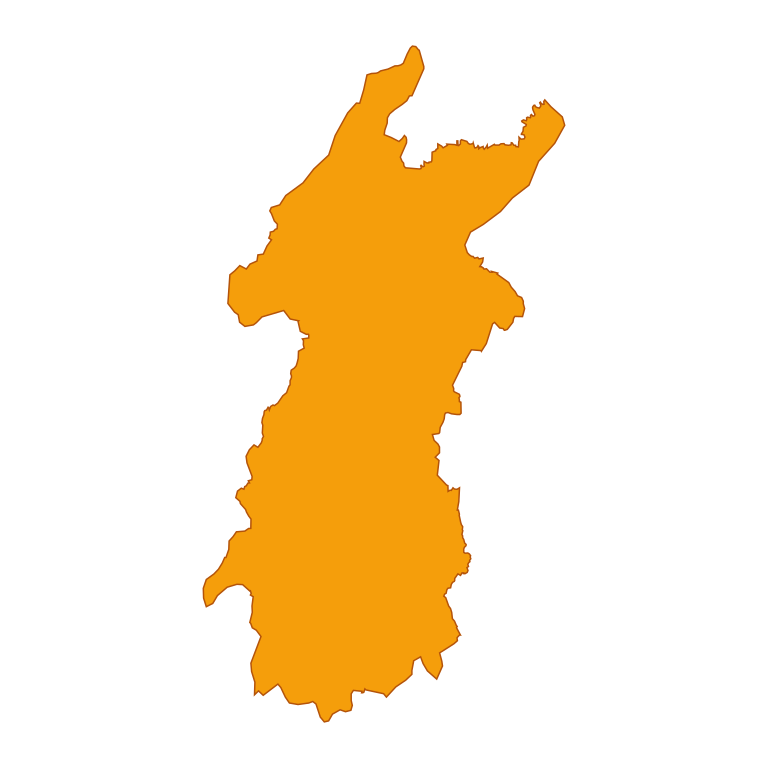 Kota Metro, Lampung, Indonesia (Equal Earth projection)
{"feature_id": "22746128B64737377738458", "entity_name": "Kota Metro", "entity_type": "district", "adm_level": 2, "iso_a3": "IDN", "parent_name": "Indonesia", "parent_adm1": "Lampung", "projection": "equal_earth", "projection_center": [105.315, -5.118], "detail": "fine", "context": "isolated", "style": "filled", "palette": "amber", "viewbox_px": 768, "rotation_deg": 0, "n_neighbors": 0, "source": "geoboundaries", "source_scale": "gbopen_adm2", "svg_char_len": 6098}
<svg xmlns="http://www.w3.org/2000/svg" viewBox="0 0 768 768"><path d="M254.5,694.8L258.5,690.9L263.2,695.3L277.9,684.1L280.8,687.5L285.4,697.2L289.4,703.0L298.0,704.5L308.8,703.0L312.8,701.5L316.0,704.0L320.3,717.1L324.3,721.9L328.6,720.9L332.5,714.1L340.1,709.8L345.5,711.7L350.9,710.3L352.3,705.4L351.2,700.5L351.2,693.8L353.4,690.4L362.0,691.3L361.6,692.8L362.7,692.8L363.8,692.3L364.9,688.9L365.9,689.9L383.6,693.7L386.4,697.1L395.8,686.9L405.8,680.1L411.9,674.3L411.9,670.4L413.7,660.7L420.6,656.8L423.1,663.6L427.4,670.9L436.7,679.1L442.5,666.0L441.8,661.2L439.6,652.9L454.0,643.7L457.4,640.7L457.0,637.9L457.9,636.7L459.7,634.9L460.4,635.0L456.5,627.7L457.2,626.4L456.4,625.6L454.5,621.1L452.4,618.7L451.7,612.4L450.5,608.5L448.7,606.1L445.7,597.6L443.8,596.2L444.6,594.1L446.1,593.3L446.9,589.6L448.0,588.2L450.6,587.8L451.3,584.4L452.5,582.4L454.3,581.3L454.7,580.5L454.7,578.5L457.9,573.9L460.5,575.4L462.0,572.9L463.7,572.9L463.5,573.6L465.0,573.7L467.2,572.4L468.0,570.5L466.9,567.6L468.5,566.5L467.8,564.3L468.8,562.5L469.9,561.7L469.6,560.3L470.8,558.8L470.2,557.0L470.6,555.7L469.4,554.0L467.8,553.0L465.1,553.2L463.8,552.4L463.7,549.1L464.4,547.3L466.0,545.7L466.1,544.4L464.7,543.1L463.7,539.4L462.7,537.8L462.6,535.8L461.9,534.4L462.8,530.7L462.3,529.7L462.7,526.7L461.4,524.7L460.7,522.4L459.2,515.3L459.4,514.2L458.4,510.1L457.3,510.1L458.8,501.7L459.5,487.8L457.1,489.3L454.5,489.1L453.0,487.8L451.3,490.4L450.1,490.2L448.1,491.4L447.9,485.6L446.6,485.1L437.3,475.2L439.0,460.5L435.2,457.2L439.5,452.8L439.5,447.0L437.9,444.0L434.1,440.4L432.4,434.5L438.8,433.5L439.6,432.6L440.2,427.4L443.0,422.2L444.2,418.8L444.7,414.5L445.5,413.0L448.0,412.5L451.5,413.8L456.9,414.5L459.8,414.5L461.1,413.2L460.9,402.2L459.4,401.6L459.3,399.1L458.9,397.8L459.9,396.6L459.7,395.1L459.2,394.2L454.3,391.8L453.6,390.9L453.7,388.5L452.5,385.2L461.8,366.3L462.6,362.5L465.5,361.7L465.7,359.6L471.4,349.8L481.1,350.6L481.4,351.3L486.3,343.6L492.6,323.8L494.6,322.4L499.7,328.0L503.3,328.6L504.2,330.2L504.7,330.3L507.3,329.4L512.9,322.2L513.6,318.4L514.8,316.4L522.5,316.6L524.6,308.6L523.3,303.8L523.3,301.2L521.6,297.5L517.5,295.8L515.2,291.7L511.2,287.1L508.8,282.6L497.1,274.2L497.8,273.1L491.6,271.4L492.0,272.2L489.9,272.2L486.5,268.8L484.0,269.1L483.3,267.9L482.2,267.5L481.8,266.8L479.8,266.6L482.6,262.0L483.2,258.0L479.0,258.9L477.7,257.4L474.6,258.2L473.0,256.4L471.8,256.5L469.4,254.9L467.3,252.6L464.8,245.0L470.5,232.1L483.3,224.4L500.5,211.5L512.4,198.0L529.0,185.1L538.6,161.3L554.7,143.3L564.7,125.3L562.3,116.9L550.9,106.7L544.8,99.9L543.8,101.4L544.0,104.3L542.8,104.4L541.2,103.4L540.4,102.1L539.7,102.7L540.7,105.1L540.7,106.2L539.3,108.1L536.7,107.4L535.5,106.6L534.8,105.2L534.1,105.2L533.1,106.3L532.6,107.2L532.6,108.1L533.0,110.0L534.9,114.3L534.5,115.7L533.0,116.2L531.4,114.5L530.5,115.4L530.7,117.1L530.4,117.7L527.4,117.2L526.6,117.8L526.8,119.5L526.3,120.7L523.4,119.9L521.7,121.0L522.0,121.8L526.3,124.5L526.0,125.9L523.4,127.3L523.0,131.3L521.4,133.9L521.4,134.4L523.9,134.7L525.0,137.1L524.2,138.8L521.1,139.2L519.0,137.2L519.2,140.4L518.8,141.4L518.4,146.9L515.9,146.6L515.6,145.3L513.8,145.3L512.2,142.9L511.3,142.7L511.0,144.8L508.5,145.3L504.9,144.8L504.0,143.6L500.9,143.8L499.0,145.1L495.0,145.1L494.4,144.3L487.6,148.2L487.2,145.1L486.2,147.0L484.2,149.2L483.1,147.5L483.1,146.5L480.4,147.5L478.8,148.7L478.8,146.5L478.0,145.6L477.0,147.3L475.0,148.0L474.3,146.8L473.2,142.9L473.0,143.6L469.9,144.3L468.3,143.4L466.9,141.4L461.4,139.7L460.4,140.9L460.4,143.9L458.7,145.6L458.0,145.1L457.8,140.9L456.9,140.9L456.9,145.3L454.8,144.6L446.8,144.1L447.4,145.3L443.1,147.8L441.6,146.1L437.8,143.9L437.8,148.5L436.0,149.5L435.8,150.7L432.1,152.2L431.9,160.4L431.4,161.8L428.9,162.2L428.8,162.9L426.8,162.9L424.1,161.4L424.0,164.3L424.3,166.1L422.9,166.8L421.1,165.3L420.7,165.8L421.2,167.3L421.1,168.5L419.6,169.0L405.4,167.8L403.9,165.8L403.6,163.1L402.0,161.2L400.3,157.1L406.5,142.9L406.6,139.8L406.1,137.3L404.4,135.5L402.3,138.5L399.0,141.5L391.2,137.5L384.2,134.7L384.8,130.2L387.2,123.1L387.4,117.8L389.7,113.8L394.7,109.5L402.2,104.4L406.8,100.7L409.4,95.9L412.0,95.7L423.8,68.8L423.8,66.5L419.2,50.2L418.4,49.8L415.8,46.6L412.4,46.1L410.3,48.1L407.2,54.0L403.3,63.3L400.7,65.0L397.9,65.8L394.9,65.9L387.9,69.1L380.6,70.9L378.1,72.6L376.2,73.2L371.5,73.5L367.0,74.9L363.7,89.9L359.7,103.3L356.4,103.1L347.7,112.9L335.2,135.5L328.7,155.1L313.8,169.0L303.0,182.9L285.8,195.5L279.7,204.9L271.3,207.5L269.8,210.9L271.5,213.7L274.3,220.9L277.4,224.2L277.1,228.7L275.3,229.3L273.5,231.3L270.3,232.1L270.1,235.0L268.8,238.1L271.5,239.8L267.0,246.0L263.3,254.1L257.9,254.9L257.0,261.0L250.0,264.1L246.3,269.0L239.8,265.6L234.7,270.9L229.9,274.8L227.9,303.5L234.6,312.2L238.2,314.7L239.6,322.2L244.9,326.4L253.4,324.9L256.3,322.7L262.0,316.9L283.7,310.5L290.2,319.0L298.6,320.8L298.0,321.3L300.3,331.3L306.2,334.3L308.5,334.3L308.8,335.2L308.7,338.0L302.4,338.9L303.5,340.7L303.3,344.7L304.2,348.1L298.5,351.2L298.2,358.5L297.2,362.6L296.2,365.8L294.4,368.0L291.2,370.2L290.7,373.7L291.5,375.9L291.4,377.8L290.1,380.7L290.1,384.8L289.0,386.1L286.6,392.7L282.8,395.8L277.8,403.1L274.5,405.6L273.0,405.0L270.6,406.5L269.3,410.0L268.6,407.5L268.1,407.2L266.5,410.1L264.8,410.6L264.2,411.7L263.9,414.7L262.5,418.4L261.9,422.6L262.8,425.2L262.3,433.0L263.5,436.4L262.2,438.8L262.2,440.3L261.3,442.8L257.9,447.3L254.0,444.9L249.4,449.7L246.1,456.3L247.0,462.9L252.1,476.4L251.8,479.7L248.3,480.8L249.5,482.9L247.9,483.1L246.3,485.8L244.7,486.6L243.9,489.2L241.3,488.2L237.5,491.1L235.8,497.7L239.9,501.3L240.4,503.6L245.6,509.5L246.5,512.1L248.7,516.0L251.0,519.1L250.8,528.4L248.6,528.5L244.8,531.1L236.4,531.8L233.1,536.6L229.1,541.0L228.8,549.4L226.0,557.5L224.7,557.5L222.3,563.0L218.5,569.2L213.9,574.0L206.3,579.5L203.3,588.3L203.6,598.1L206.3,606.7L212.8,603.4L217.4,595.6L227.2,587.2L236.9,584.3L242.6,584.6L250.0,591.2L250.4,590.9L251.2,593.4L250.4,595.0L253.2,596.7L252.0,606.0L252.3,612.3L249.8,622.5L250.7,623.4L252.3,627.8L256.3,630.2L261.0,636.5L250.9,663.2L251.6,671.5L254.9,682.2L254.5,694.8Z" fill="#f59e0b" stroke="#b45309" stroke-width="1.5"/></svg>